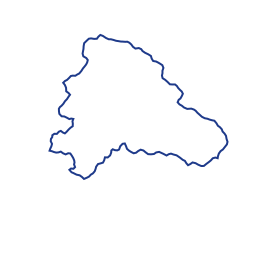 the district of Divino das Laranjeiras, Minas Gerais, Brazil, rotated 130°
{"feature_id": "56859067B59658665671688", "entity_name": "Divino das Laranjeiras", "entity_type": "district", "adm_level": 2, "iso_a3": "BRA", "parent_name": "Brazil", "parent_adm1": "Minas Gerais", "projection": "natural_earth1", "projection_center": [-41.495, -18.7], "detail": "fine", "context": "isolated", "style": "outline", "palette": "blue", "viewbox_px": 256, "rotation_deg": 130, "n_neighbors": 0, "source": "geoboundaries", "source_scale": "gbopen_adm2", "svg_char_len": 2790}
<svg xmlns="http://www.w3.org/2000/svg" viewBox="0 0 256 256"><g transform="rotate(130 128 128)"><path d="M195.3,129.0L192.4,127.5L190.2,126.6L187.7,126.5L185.3,125.7L182.5,125.7L180.0,126.6L178.2,127.5L174.9,127.8L172.8,126.3L170.6,124.9L168.0,125.5L165.3,126.8L163.6,124.6L160.5,124.1L157.8,125.0L155.9,126.3L154.1,126.0L153.4,123.8L152.0,121.8L150.2,121.0L147.0,122.2L143.6,122.0L141.9,120.5L143.2,117.8L144.6,115.4L144.7,112.7L144.3,110.0L143.7,107.4L141.7,105.9L139.1,105.4L136.5,104.4L135.3,101.7L135.3,98.9L135.1,95.8L133.4,93.5L131.2,91.4L128.6,90.7L126.3,88.8L125.1,84.5L124.3,80.8L121.8,79.9L120.0,78.6L119.1,76.2L117.7,73.2L117.3,69.2L117.2,65.6L116.6,63.3L117.5,60.6L117.9,58.1L115.6,57.1L112.9,56.4L111.5,53.6L111.0,50.7L110.0,47.4L108.3,45.5L105.1,44.9L102.2,44.2L99.6,43.7L96.7,43.6L94.5,42.1L93.5,39.9L91.9,40.9L89.1,42.0L86.2,42.2L83.4,41.5L80.3,41.6L77.0,41.7L74.6,42.9L73.0,45.5L71.0,47.9L70.2,50.5L69.9,53.3L68.7,55.3L68.3,58.1L68.5,60.6L67.5,63.3L66.9,66.5L68.1,68.7L69.1,70.9L69.8,73.0L71.2,75.5L71.9,78.6L71.8,81.2L71.7,84.6L71.3,87.3L71.5,89.4L72.5,92.0L75.3,94.9L76.3,98.3L76.3,101.0L76.8,103.7L76.4,106.5L73.8,107.3L71.7,106.8L69.0,107.3L66.5,108.0L65.5,110.3L65.4,112.7L65.1,115.3L64.4,117.5L64.4,119.9L66.0,121.8L67.6,124.0L67.3,127.1L67.2,130.5L67.6,133.5L66.0,135.7L63.9,136.8L62.0,138.4L59.2,139.5L57.8,142.1L58.1,144.6L58.5,147.0L59.0,149.2L60.5,151.8L59.6,154.5L58.1,156.7L58.5,159.8L59.4,163.2L59.7,166.4L59.1,168.5L59.8,171.1L62.4,173.4L62.6,176.4L61.9,179.1L61.8,181.8L62.3,183.9L63.8,185.6L65.1,187.4L66.4,189.1L67.5,191.0L68.9,193.3L69.8,195.6L71.0,198.1L72.4,199.8L73.2,202.7L73.6,206.4L74.5,209.0L77.1,209.4L79.6,209.2L81.5,211.2L83.1,213.9L84.8,215.4L88.1,215.8L91.2,216.1L93.8,214.6L96.1,212.9L98.1,211.8L100.2,210.6L101.8,208.3L101.2,204.9L101.8,202.5L104.1,201.4L106.3,200.9L108.8,200.8L111.3,200.8L114.3,200.4L117.6,200.4L119.7,201.3L121.8,201.9L123.4,204.0L124.9,205.2L127.5,205.3L130.3,205.6L132.5,206.5L135.0,206.7L135.6,204.0L137.0,201.3L139.6,198.9L139.4,196.0L139.8,193.8L142.0,193.7L145.1,193.3L148.0,193.5L151.0,193.1L153.6,193.2L155.7,193.6L157.7,193.3L159.6,191.6L161.3,189.7L161.7,186.4L160.1,184.2L159.4,181.4L158.9,178.7L157.3,177.6L156.2,175.7L158.5,174.9L160.2,173.0L162.2,171.5L164.7,172.2L167.3,172.5L170.6,172.6L172.7,172.9L173.3,174.9L173.4,177.6L175.3,178.6L178.2,178.7L179.8,180.7L182.2,181.3L183.7,180.2L185.9,180.0L187.8,178.7L189.0,176.0L191.4,174.9L193.7,174.3L195.8,173.5L194.7,171.4L194.0,169.3L193.0,167.2L191.4,165.6L189.3,164.3L189.1,161.4L188.3,158.8L185.8,157.6L184.6,155.8L185.3,153.3L186.2,150.7L187.4,148.4L188.8,146.8L190.6,145.9L192.0,143.4L194.3,143.6L195.7,145.6L197.7,146.0L198.2,142.8L197.6,140.8L196.8,137.4L195.3,134.6L195.1,131.7L195.3,129.0Z" fill="none" stroke="#1e3a8a" stroke-width="2"/></g></svg>